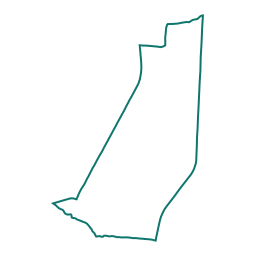 the district of Din Daeng, Bangkok Metropolis, Thailand
{"feature_id": "78962969B98953458091915", "entity_name": "Din Daeng", "entity_type": "district", "adm_level": 2, "iso_a3": "THA", "parent_name": "Thailand", "parent_adm1": "Bangkok Metropolis", "projection": "orthographic", "projection_center": [100.56, 13.778], "detail": "fine", "context": "isolated", "style": "outline", "palette": "teal", "viewbox_px": 256, "rotation_deg": 0, "n_neighbors": 0, "source": "geoboundaries", "source_scale": "gbopen_adm2", "svg_char_len": 3644}
<svg xmlns="http://www.w3.org/2000/svg" viewBox="0 0 256 256"><path d="M139.7,45.3L139.8,45.8L139.8,46.2L139.9,47.6L140.2,50.6L140.4,52.5L140.6,55.9L140.6,56.0L140.7,56.3L141.0,60.0L141.2,62.5L141.4,67.4L141.2,70.8L141.0,73.0L139.9,79.1L138.6,83.1L138.2,84.0L136.6,87.1L133.5,92.9L131.5,96.6L131.3,97.0L129.6,99.9L128.7,101.7L125.6,107.5L125.1,108.7L119.1,119.7L117.8,122.0L114.8,127.7L112.3,132.3L111.5,133.8L108.1,140.1L106.0,143.9L103.4,148.7L102.4,150.8L99.1,156.3L98.8,156.9L97.8,158.7L97.1,160.0L96.6,160.9L95.5,163.1L94.6,164.8L94.2,165.5L93.3,167.0L92.8,167.7L92.5,168.3L89.6,174.1L88.3,176.6L87.4,178.1L84.4,184.1L83.7,185.3L81.4,188.7L79.1,193.1L76.5,199.3L74.4,198.7L73.2,198.4L71.4,198.3L70.1,198.5L69.6,198.6L63.6,200.3L53.1,203.4L53.5,203.7L55.5,205.0L58.3,207.7L59.0,208.2L60.4,209.0L62.5,209.8L62.7,210.0L62.9,210.1L63.7,211.1L64.5,212.6L64.6,212.8L64.8,213.2L65.5,213.7L65.6,213.8L65.9,214.0L67.3,214.5L67.8,214.6L68.2,214.6L69.5,214.4L70.3,214.3L70.6,214.3L71.0,214.5L71.3,214.9L71.4,215.1L71.6,216.4L71.7,217.3L72.0,217.7L73.8,218.1L74.6,218.1L75.2,218.3L75.9,218.6L76.6,219.2L77.6,219.7L80.3,220.7L81.7,221.2L81.9,221.3L82.1,221.5L82.3,221.5L83.8,222.1L84.8,222.4L85.8,222.9L86.3,223.2L87.1,223.8L87.7,224.5L88.0,224.8L88.2,225.1L88.9,225.8L89.6,226.8L89.8,227.0L90.2,227.7L91.0,228.5L91.5,229.2L91.6,229.3L92.2,230.7L92.5,231.3L94.4,233.2L95.5,235.3L95.8,236.1L96.0,236.4L96.3,236.5L96.5,236.5L96.9,236.5L97.4,236.4L97.9,236.3L98.6,236.2L99.0,236.1L99.4,236.1L100.0,236.3L100.5,236.4L101.2,236.6L101.3,236.7L101.5,236.7L101.9,236.8L102.3,236.8L102.5,236.8L102.8,236.7L103.0,236.6L103.3,236.3L103.4,236.1L103.5,236.0L104.6,235.7L104.9,235.7L105.4,235.7L105.6,235.7L105.8,235.7L107.7,236.0L108.0,236.1L108.6,236.3L108.8,236.3L109.7,236.3L109.9,236.3L110.1,236.3L111.9,236.1L112.0,236.1L112.6,236.1L113.9,236.3L116.9,237.2L117.6,237.1L118.5,237.1L119.3,237.1L121.8,237.5L122.4,237.4L122.6,237.4L125.4,237.4L125.7,237.3L126.1,237.3L127.2,237.4L128.9,237.5L130.0,237.7L130.3,237.7L130.8,237.8L132.3,238.0L132.6,238.1L132.8,238.1L133.0,238.1L133.3,238.2L133.8,238.2L134.0,238.1L134.3,238.0L135.1,238.1L135.6,238.1L136.0,238.1L138.7,238.4L140.8,238.7L142.6,238.7L143.2,238.8L144.7,239.0L144.8,239.0L145.0,239.0L145.4,239.0L150.3,239.4L152.0,239.7L153.5,240.0L155.4,240.6L155.7,240.6L156.1,237.9L158.6,226.2L159.8,220.9L160.5,218.3L160.6,218.1L161.0,216.7L162.5,213.3L164.5,209.3L166.2,206.9L167.7,204.9L174.2,196.5L179.5,189.2L185.8,181.1L190.6,175.0L192.7,171.7L194.1,168.7L195.0,166.0L195.9,163.2L196.2,161.3L196.3,159.0L196.6,150.9L196.8,146.8L197.0,137.7L197.6,127.8L198.0,117.1L198.4,110.1L198.8,101.2L199.2,92.6L199.6,83.5L200.0,76.4L200.4,71.0L200.7,57.0L201.3,47.1L201.7,39.3L201.7,38.5L201.8,36.7L202.2,27.0L202.9,15.7L202.9,15.4L202.2,15.5L201.6,15.7L201.0,15.9L200.5,16.2L200.4,16.3L200.2,16.4L199.8,16.7L199.7,16.8L199.5,17.0L199.1,17.4L197.7,18.8L197.4,18.9L197.3,19.0L196.9,19.1L194.7,19.5L193.3,19.8L192.9,19.9L192.5,20.1L192.4,20.1L192.2,20.2L191.8,20.5L191.6,20.6L191.4,20.7L190.9,21.1L190.1,21.6L189.4,22.1L189.1,22.1L188.9,22.2L187.6,22.1L187.0,22.0L186.6,22.0L185.9,22.1L183.9,22.4L180.4,23.0L179.6,23.2L179.4,23.2L179.1,23.3L177.6,23.6L175.6,23.7L173.7,23.9L170.0,24.0L167.7,24.1L167.5,24.5L167.3,24.6L167.2,24.7L167.2,24.8L166.8,25.8L166.4,26.9L166.2,27.8L165.6,34.0L165.4,36.1L165.2,37.1L165.2,37.3L165.2,38.1L165.2,38.7L165.3,41.4L165.2,45.2L165.2,45.4L164.8,45.6L162.7,46.7L161.0,47.0L160.7,47.1L160.4,47.1L158.0,46.7L157.1,46.6L156.8,46.6L156.5,46.5L155.9,46.5L155.6,46.4L155.4,46.4L155.1,46.4L150.9,46.0L146.4,45.6L143.8,45.6L140.6,45.4L139.7,45.3Z" fill="none" stroke="#0f766e" stroke-width="2"/></svg>